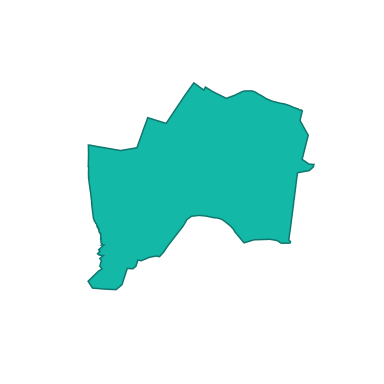 Monclova, Coahuila, Mexico (Natural Earth projection), rotated 324°
{"feature_id": "50627088B80535249713171", "entity_name": "Monclova", "entity_type": "district", "adm_level": 2, "iso_a3": "MEX", "parent_name": "Mexico", "parent_adm1": "Coahuila", "projection": "natural_earth1", "projection_center": [-101.35, 26.881], "detail": "fine", "context": "isolated", "style": "filled", "palette": "teal", "viewbox_px": 384, "rotation_deg": 324, "n_neighbors": 0, "source": "geoboundaries", "source_scale": "gbopen_adm2", "svg_char_len": 3741}
<svg xmlns="http://www.w3.org/2000/svg" viewBox="0 0 384 384"><g transform="rotate(324 192 192)"><path d="M241.4,290.9L242.4,290.3L242.3,287.8L242.3,287.4L249.6,279.9L254.8,274.4L258.0,271.0L261.3,267.5L265.3,263.3L265.8,262.8L267.4,261.0L269.8,258.4L270.5,257.7L271.7,256.5L273.7,254.3L274.1,253.8L275.1,252.8L275.5,252.4L276.2,251.6L276.8,251.0L277.9,249.9L278.0,249.7L278.7,249.0L281.0,246.5L285.2,242.0L288.6,238.5L290.9,239.5L296.8,242.3L297.3,242.6L297.9,242.9L299.0,243.4L299.5,243.6L300.1,243.5L301.2,243.4L301.6,243.4L305.2,243.0L306.0,241.7L306.8,241.4L303.0,238.2L300.3,230.3L319.4,214.4L320.4,205.8L321.4,197.8L323.8,195.6L329.0,191.1L328.6,189.9L327.3,189.2L326.8,187.3L324.2,183.8L321.4,179.0L318.4,174.9L315.9,172.4L310.2,165.6L306.9,160.1L306.6,159.4L305.0,155.3L303.4,152.1L302.0,148.5L299.9,145.4L293.6,141.0L291.6,140.3L283.6,138.9L274.8,136.4L269.2,125.7L267.9,123.2L267.7,122.8L265.0,116.1L264.5,115.0L261.5,116.5L257.6,104.8L243.4,109.5L211.4,121.3L204.6,112.2L199.9,105.8L196.2,108.4L188.9,113.2L187.9,114.0L174.1,123.4L173.6,123.9L172.8,123.5L158.6,116.5L145.2,102.7L142.5,100.0L136.6,93.7L135.7,93.1L135.0,94.2L131.3,99.5L130.8,100.2L128.1,103.8L125.6,107.1L124.0,109.2L123.0,110.4L123.3,110.7L118.5,117.0L117.1,119.6L116.8,119.4L116.1,120.7L115.3,122.3L114.2,124.2L112.9,126.6L112.3,127.8L111.8,128.6L111.4,129.4L110.3,131.5L108.9,134.2L107.1,137.3L105.1,140.9L104.6,141.7L104.2,142.5L104.1,142.3L102.1,145.7L102.1,145.8L101.4,147.0L100.7,148.3L99.8,149.8L99.6,150.2L99.1,151.1L98.7,151.9L98.1,153.0L97.2,154.5L96.9,155.1L96.8,155.5L96.7,155.9L96.5,156.6L96.4,156.8L96.3,157.3L96.2,157.5L96.3,157.5L96.3,157.8L96.3,158.0L96.2,158.1L96.1,158.4L96.1,158.5L96.1,159.0L96.1,159.3L96.1,159.5L96.0,159.8L95.9,159.9L95.9,160.0L95.8,160.3L95.8,160.5L95.7,160.7L95.7,160.8L95.7,161.0L95.9,161.5L96.1,161.7L96.0,162.0L95.8,162.3L95.7,162.6L95.6,162.9L95.6,163.0L95.4,163.2L95.4,163.3L95.1,163.8L94.9,164.0L95.3,164.4L95.1,164.6L94.8,165.1L95.2,165.5L94.9,165.9L94.6,166.4L95.0,166.7L94.9,166.9L95.1,167.1L94.9,167.3L94.8,167.5L94.7,167.6L94.5,167.4L94.4,167.7L94.1,168.1L94.0,168.4L93.9,168.6L93.7,169.2L93.5,169.8L93.3,170.5L93.7,170.8L93.6,171.0L93.4,171.3L93.8,171.7L93.5,172.1L93.4,172.3L93.3,172.5L93.2,172.5L92.9,173.0L92.7,173.2L92.6,173.5L92.4,173.7L92.3,174.0L92.1,174.2L91.9,174.4L91.8,174.7L91.6,174.9L91.4,175.3L91.1,176.0L91.0,175.9L90.7,176.4L90.5,176.2L90.4,176.3L90.4,176.5L90.3,176.8L90.2,177.0L90.1,177.3L90.0,177.5L89.9,177.6L89.8,177.8L89.7,178.0L89.5,178.3L89.4,178.4L89.3,178.5L89.2,178.6L89.1,178.8L89.0,179.0L88.9,179.1L88.8,179.3L88.7,179.5L88.6,179.8L88.5,180.0L88.6,180.3L88.6,180.5L88.8,180.7L88.7,180.8L88.4,180.9L88.3,181.0L88.5,181.0L88.5,181.3L88.4,181.3L88.3,181.5L88.2,181.7L87.9,181.8L87.7,181.8L88.1,182.1L89.5,183.1L88.4,183.2L86.7,183.4L85.1,183.6L83.9,183.7L82.9,183.8L82.6,183.8L82.7,185.2L82.4,185.2L82.5,186.1L79.3,186.4L79.3,186.7L79.4,187.0L79.5,187.5L79.7,187.9L80.0,188.5L80.2,188.8L80.6,189.3L81.5,190.1L82.4,190.9L82.8,191.2L82.7,191.2L81.6,191.3L78.3,191.6L78.5,194.1L73.8,197.9L74.0,200.5L74.1,201.3L70.0,201.0L69.9,201.0L69.6,201.1L69.4,201.1L55.5,203.1L55.0,211.2L55.9,212.0L64.6,219.5L73.1,226.3L73.4,226.4L80.9,225.8L94.7,215.8L99.1,219.4L102.8,219.1L103.0,219.1L107.6,215.7L108.1,215.3L110.6,217.8L119.2,219.8L125.5,222.8L127.6,225.2L129.3,224.9L133.6,224.0L140.9,221.3L149.4,218.8L162.9,214.9L164.6,214.4L171.8,211.3L177.3,211.3L182.9,214.5L184.1,215.2L189.0,219.5L194.8,225.9L197.3,227.9L200.1,231.7L201.4,235.6L203.0,241.6L203.2,242.3L203.6,246.5L203.3,249.5L204.2,263.7L214.2,267.2L227.3,276.1L231.8,280.7L233.2,282.9L233.3,284.2L234.1,285.8L235.4,286.7L235.8,287.3L237.8,288.4L239.5,289.8L241.4,290.9Z" fill="#14b8a6" stroke="#0f766e" stroke-width="1.5"/></g></svg>